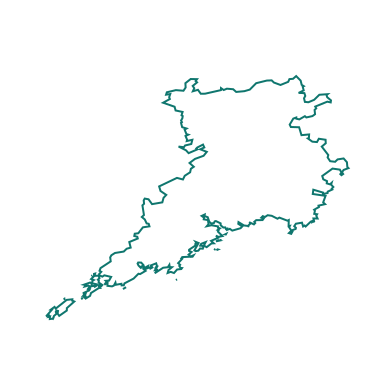 Skibbereen-West Cork Lea-5, Cork, Ireland (Equal Earth projection), rotated 354°
{"feature_id": "5873133B33035753150692", "entity_name": "Skibbereen-West Cork Lea-5", "entity_type": "district", "adm_level": 2, "iso_a3": "IRL", "parent_name": "Ireland", "parent_adm1": "Cork", "projection": "equal_earth", "projection_center": [-9.179, 51.623], "detail": "fine", "context": "isolated", "style": "outline", "palette": "teal", "viewbox_px": 384, "rotation_deg": 354, "n_neighbors": 0, "source": "geoboundaries", "source_scale": "gbopen_adm2", "svg_char_len": 6030}
<svg xmlns="http://www.w3.org/2000/svg" viewBox="0 0 384 384"><g transform="rotate(354 192 192)"><path d="M307.7,87.6L304.3,90.0L300.7,89.9L299.2,92.5L291.2,94.8L284.9,91.7L282.9,89.3L278.0,89.0L267.2,90.5L260.2,96.2L254.6,97.2L246.4,97.1L243.7,94.1L237.5,92.9L234.2,93.9L231.7,91.7L231.4,93.7L215.3,95.6L211.0,95.2L208.6,91.0L203.4,91.9L205.1,89.0L203.8,86.6L208.5,83.5L207.2,82.0L208.8,80.3L202.5,79.5L196.8,83.1L196.6,87.4L194.1,90.4L186.6,89.0L177.4,90.2L176.4,92.5L180.6,92.3L179.2,95.4L179.7,97.2L172.6,100.2L183.6,105.4L184.2,109.2L191.0,111.4L189.6,114.6L190.7,115.5L190.1,117.7L188.6,119.8L189.3,121.5L188.3,122.1L189.0,126.5L193.2,128.3L191.2,129.2L192.5,133.8L194.3,134.6L191.4,135.6L192.6,139.5L192.1,140.8L197.8,140.1L196.3,144.2L190.0,145.0L188.6,146.6L183.4,145.4L190.4,149.9L192.7,153.0L201.7,150.2L200.8,149.2L201.9,148.3L207.9,146.0L208.9,149.0L204.7,150.4L210.9,153.6L207.3,157.2L198.4,159.4L192.6,162.9L196.4,167.1L193.3,168.8L192.2,172.2L186.5,175.1L184.3,178.6L178.5,176.4L159.9,183.0L160.8,187.7L166.1,192.2L163.1,194.8L161.4,199.2L151.0,199.9L148.0,194.7L144.3,193.6L143.1,195.3L143.1,198.7L141.3,200.1L141.8,209.9L139.5,211.6L142.2,214.4L143.6,218.5L145.6,219.1L146.1,221.7L139.5,222.0L134.3,227.4L130.7,227.5L130.0,229.7L132.9,230.8L133.2,232.6L124.4,235.2L125.2,240.9L121.1,241.6L117.9,244.1L109.0,244.6L105.2,246.5L103.8,248.5L103.9,252.5L93.1,258.1L91.8,260.7L93.4,261.9L91.0,264.0L91.2,265.2L94.0,266.8L96.1,265.7L102.7,268.0L100.3,271.4L96.9,271.3L97.7,272.3L95.2,275.0L98.5,273.6L98.1,276.5L102.6,277.5L104.5,276.9L106.4,274.1L106.6,276.3L112.2,275.9L112.2,277.5L114.4,277.7L115.3,275.8L124.9,272.0L130.2,267.7L131.8,268.2L137.6,265.6L135.5,263.3L135.8,260.1L133.0,261.1L133.7,262.8L131.1,259.5L130.4,257.5L131.1,256.5L134.1,256.9L136.0,259.5L136.8,262.6L140.5,261.0L139.8,263.1L142.2,262.5L142.6,263.8L144.7,262.9L143.5,260.7L148.9,259.2L149.4,261.8L148.4,263.0L149.3,262.9L147.1,265.8L149.2,265.7L149.3,266.2L146.5,268.9L155.4,264.3L160.1,264.3L161.9,262.0L162.0,264.3L164.2,264.7L160.5,267.1L159.3,270.0L162.5,269.2L165.6,270.7L169.1,267.5L173.3,267.5L174.1,266.6L172.7,266.3L171.6,264.2L172.6,263.2L170.8,261.3L175.2,257.5L174.4,257.0L175.5,255.7L182.5,256.1L183.0,254.6L182.1,253.9L185.3,251.6L182.9,250.2L183.1,249.1L189.6,245.7L190.0,243.8L191.4,243.5L190.5,242.0L193.2,243.4L188.3,250.3L189.5,251.2L192.2,251.0L194.1,249.0L196.8,249.5L197.6,247.9L196.9,246.7L194.6,246.2L195.7,244.5L200.4,243.2L198.2,246.5L200.8,248.4L206.0,245.2L208.3,245.3L205.9,242.6L213.1,240.3L211.3,237.9L213.5,239.4L217.7,239.0L213.7,234.2L214.4,233.0L213.5,232.5L215.9,231.1L214.1,230.2L214.2,228.9L207.9,227.1L203.1,227.6L205.1,225.7L204.9,221.6L200.8,220.4L201.3,218.8L199.1,216.8L202.3,215.7L201.9,217.2L205.0,218.7L206.1,223.4L207.8,225.3L210.5,225.2L211.5,223.6L212.7,223.4L217.2,226.2L217.0,228.0L219.4,230.6L221.4,230.7L221.9,232.4L223.2,232.1L223.0,233.3L225.8,232.6L228.0,234.6L236.5,233.1L238.4,231.5L234.7,228.5L235.1,226.8L240.2,230.7L244.0,231.6L247.0,229.4L245.7,228.0L250.2,230.7L251.6,229.5L250.8,228.2L252.9,226.7L259.2,227.3L260.4,226.0L258.2,224.8L259.9,223.4L261.9,224.5L264.8,223.0L268.8,224.0L274.2,227.5L276.2,226.6L283.9,230.5L285.3,230.0L284.5,236.0L285.8,235.9L284.9,237.2L286.8,240.9L284.1,243.0L286.3,244.0L287.9,241.7L287.2,240.6L291.2,239.6L291.6,238.5L290.1,236.7L292.0,234.4L298.2,234.0L298.9,237.9L300.5,237.1L301.4,238.2L307.0,233.9L308.3,233.5L308.3,234.5L309.3,233.9L309.7,234.3L310.0,234.3L310.4,234.0L310.0,231.0L314.1,231.5L313.1,228.6L314.1,227.2L311.3,226.5L312.3,223.5L311.6,222.4L316.7,220.2L316.4,218.8L323.1,218.0L321.4,216.0L324.4,209.8L311.9,206.6L312.9,202.4L322.3,206.3L322.0,207.7L326.7,207.2L327.0,205.8L331.8,204.2L331.3,203.4L333.1,201.8L331.1,199.2L331.8,197.5L330.0,198.8L326.9,197.5L327.4,195.3L323.9,193.1L323.2,189.7L334.2,183.4L341.4,185.2L342.7,188.4L341.4,189.7L342.4,190.9L344.2,189.9L343.2,188.1L345.1,185.9L350.1,184.6L349.1,183.3L349.2,178.6L346.3,174.5L340.2,174.8L337.5,176.9L332.6,175.8L330.5,171.8L331.4,169.5L325.8,160.4L330.1,157.5L330.3,154.0L323.7,152.3L321.5,155.4L316.9,154.5L312.8,150.8L313.9,150.5L314.5,147.0L306.8,146.9L305.3,138.8L297.1,137.7L296.2,135.2L300.4,129.6L303.5,128.8L303.4,130.0L306.3,131.0L312.2,128.4L313.5,129.8L319.7,129.1L322.5,127.5L322.5,123.2L324.3,121.8L323.5,119.9L336.0,116.3L339.3,117.4L339.8,115.4L336.4,111.9L335.9,109.7L337.1,108.9L328.8,108.6L323.1,113.1L317.2,114.9L313.7,114.2L313.2,110.5L314.7,108.3L314.1,105.4L308.4,104.6L313.7,102.6L313.1,98.8L314.2,98.4L312.3,96.9L311.7,92.6L307.7,87.6ZM56.1,286.2L44.3,293.7L43.3,291.9L39.2,294.3L40.2,294.6L33.9,300.4L37.6,299.2L36.3,300.1L37.6,300.6L36.7,301.3L37.7,301.3L37.3,303.5L40.6,303.4L39.9,304.5L41.8,300.8L44.5,299.0L44.0,296.9L44.8,295.7L46.3,296.3L45.6,298.8L47.0,301.3L55.1,296.8L55.4,294.4L63.5,288.6L61.5,287.5L61.8,286.2L56.1,286.2ZM81.0,281.9L89.4,277.7L90.5,277.8L89.2,275.5L89.8,274.8L91.8,276.3L93.1,275.1L89.7,272.2L90.1,270.3L89.2,269.4L91.0,268.0L90.2,265.4L86.1,265.2L82.6,268.0L85.1,269.3L83.6,270.0L83.2,272.4L87.8,273.9L86.7,275.5L84.6,276.4L86.0,275.1L82.0,275.2L82.9,272.7L81.2,271.4L74.8,272.9L76.6,273.5L75.5,274.8L79.1,274.2L80.5,275.2L79.7,276.1L81.1,275.8L78.9,277.8L80.2,278.0L79.5,279.1L72.9,281.3L75.1,281.7L73.3,283.5L74.8,283.2L73.5,285.1L74.9,286.6L75.6,285.3L76.1,286.4L79.8,284.6L81.0,281.9ZM183.2,256.3L185.8,256.4L186.9,255.1L183.2,256.3ZM213.1,242.7L210.7,243.6L214.3,243.2L213.1,242.7ZM137.6,264.2L138.3,262.7L137.1,263.3L137.6,264.2ZM114.3,280.8L116.5,279.8L113.2,281.3L114.3,280.8ZM87.1,263.0L86.0,263.2L85.9,264.4L86.7,264.0L87.1,263.0ZM211.4,251.7L210.3,252.4L211.9,251.9L211.4,251.7ZM84.2,264.5L83.1,265.0L84.2,264.5ZM221.2,237.8L221.6,237.2L220.5,237.6L221.2,237.8ZM71.2,286.7L72.3,285.7L70.7,286.8L71.2,286.7ZM209.2,251.2L208.8,251.3L208.1,252.1L209.2,251.2ZM215.6,242.7L214.8,242.8L216.1,243.0L215.6,242.7ZM53.9,285.1L53.9,284.8L53.2,285.1L53.9,285.1ZM166.8,277.8L168.0,277.4L167.3,277.6L166.8,277.8ZM244.1,232.1L245.3,231.8L243.8,232.1L244.1,232.1Z" fill="none" stroke="#0f766e" stroke-width="2"/></g></svg>